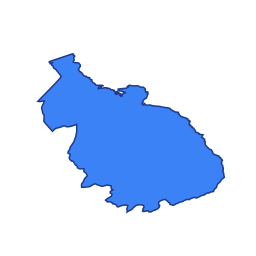 Grýtubakkahreppur, Norðurland eystra, Iceland, rotated 158°
{"feature_id": "244011B60639573794911", "entity_name": "Grýtubakkahreppur", "entity_type": "district", "adm_level": 2, "iso_a3": "ISL", "parent_name": "Iceland", "parent_adm1": "Norðurland eystra", "projection": "robinson", "projection_center": [-18.134, 65.987], "detail": "fine", "context": "isolated", "style": "filled", "palette": "blue", "viewbox_px": 256, "rotation_deg": 158, "n_neighbors": 0, "source": "geoboundaries", "source_scale": "gbopen_adm2", "svg_char_len": 5764}
<svg xmlns="http://www.w3.org/2000/svg" viewBox="0 0 256 256"><g transform="rotate(158 128 128)"><path d="M152.2,217.6L175.6,219.0L176.4,218.7L176.1,218.0L175.5,217.6L175.5,217.4L175.7,217.2L175.4,217.1L175.6,216.9L174.9,216.8L175.1,216.7L174.8,216.7L174.8,216.3L174.6,216.3L175.1,216.0L175.2,215.9L175.3,215.6L175.1,215.4L175.2,214.7L174.6,214.2L174.3,213.5L174.5,211.7L174.3,210.9L173.2,209.9L170.5,200.9L172.5,199.5L180.0,196.0L201.6,186.5L199.9,185.5L195.5,184.5L196.8,182.7L199.2,180.7L200.6,179.0L201.5,173.2L201.1,172.1L201.2,170.6L203.5,165.9L202.7,162.9L199.3,153.2L196.4,154.4L195.0,154.7L190.1,154.0L187.8,154.2L185.9,153.7L184.4,152.1L182.2,151.3L179.3,150.8L174.3,150.6L176.7,144.3L179.5,139.8L183.4,135.5L189.2,131.5L189.8,130.2L191.9,128.8L192.6,128.1L193.1,127.1L192.9,126.7L191.6,125.6L191.5,125.1L191.8,124.5L193.1,123.3L193.9,121.6L193.5,120.1L193.1,119.2L192.5,118.3L191.5,117.9L191.2,117.3L190.6,113.3L189.7,112.5L189.4,111.8L189.8,110.3L189.5,109.7L188.7,108.7L187.8,108.0L184.2,106.7L184.0,106.4L185.2,104.5L185.2,104.0L183.8,101.6L183.6,99.5L183.7,99.0L184.1,98.7L187.4,97.2L188.9,95.5L192.0,93.4L192.7,92.0L193.2,90.4L191.2,89.5L186.2,88.2L185.2,88.0L181.1,88.7L178.8,88.4L178.4,87.5L177.8,86.8L173.7,83.5L168.9,83.0L165.4,80.8L165.3,80.5L166.1,78.8L166.2,77.8L166.1,77.4L165.2,76.4L168.3,75.7L168.9,74.4L167.8,73.4L167.7,72.7L167.9,72.4L169.0,70.9L172.6,70.5L175.8,69.6L176.0,69.2L175.8,68.9L174.7,67.7L174.8,67.2L172.1,66.2L171.6,65.8L171.0,64.6L170.3,64.2L170.4,63.2L169.3,62.7L168.1,61.6L167.5,60.4L167.6,59.3L166.8,58.5L163.5,58.5L159.8,57.8L157.8,56.8L157.3,56.3L157.7,55.4L159.4,53.4L159.6,53.0L159.5,52.0L160.4,50.4L158.1,50.8L155.1,51.0L152.9,52.1L149.5,53.1L147.8,53.0L145.1,52.1L143.3,51.1L142.6,50.0L142.8,48.6L144.3,47.6L144.9,46.7L144.9,46.3L145.6,45.5L145.4,45.2L145.0,45.4L144.5,45.2L144.6,44.7L140.6,43.8L140.2,43.5L140.1,42.5L139.2,41.9L138.1,41.6L135.9,42.0L134.0,41.7L130.5,42.0L128.9,42.8L128.6,43.0L128.6,43.5L127.7,44.0L127.8,44.8L128.1,45.3L128.1,46.3L127.9,46.8L126.7,47.9L125.4,48.3L122.5,48.3L120.8,48.0L119.8,47.5L119.6,46.5L118.6,45.3L118.6,44.7L118.2,43.7L117.7,43.3L117.7,42.9L117.4,42.5L117.7,41.5L117.1,40.8L116.2,40.5L115.5,39.7L114.9,39.4L113.1,39.4L112.0,39.7L109.1,39.6L107.5,39.9L105.8,39.4L104.5,39.4L103.4,39.8L99.2,39.5L98.2,38.6L96.6,39.0L93.9,39.0L92.3,38.7L91.3,38.2L91.1,37.6L90.4,37.4L84.7,37.8L83.2,37.7L82.8,37.3L81.8,37.4L80.4,37.9L78.9,38.0L77.9,37.7L77.5,37.4L75.9,37.6L74.1,37.5L72.9,37.0L72.1,37.4L72.1,37.8L70.6,38.9L68.1,39.8L67.6,40.9L65.4,42.7L62.8,43.5L60.3,45.3L57.9,45.9L57.0,46.4L56.8,48.4L56.2,50.4L56.2,51.9L56.4,52.7L55.7,53.0L55.3,53.6L55.3,54.1L54.9,54.6L54.9,55.2L54.7,55.3L54.8,55.7L54.3,57.8L54.8,59.9L54.0,60.8L53.9,61.1L54.1,61.3L53.8,61.9L52.5,62.7L52.8,63.9L53.5,64.9L53.3,65.9L54.3,66.6L54.3,68.2L55.8,69.1L56.5,70.0L57.2,70.4L57.6,71.1L58.6,71.9L58.9,72.7L58.6,73.2L58.8,73.7L58.5,74.3L58.8,75.1L58.8,76.1L59.0,76.7L59.6,77.0L60.9,78.7L61.0,79.2L61.8,80.8L61.9,81.6L62.5,82.7L62.4,84.7L62.2,84.9L61.9,86.0L61.6,86.2L62.1,86.7L62.2,87.0L61.5,87.7L61.2,89.1L61.8,89.8L62.0,90.4L63.1,91.6L62.6,92.4L61.6,93.1L61.7,93.4L61.1,93.6L63.0,94.9L63.8,95.1L64.3,95.8L64.1,96.2L64.8,96.9L64.8,97.2L65.4,97.8L66.6,98.3L66.6,99.4L66.8,99.6L66.6,100.9L67.3,101.6L67.0,103.0L68.4,104.3L68.2,104.6L68.4,104.8L68.1,105.3L69.2,106.5L68.9,107.3L69.9,107.6L70.1,107.9L69.6,109.3L68.4,110.2L68.8,110.8L68.1,111.0L68.0,111.7L69.5,113.0L69.6,113.4L69.2,114.1L69.9,114.4L69.9,114.8L70.3,115.3L70.7,115.3L71.2,116.2L72.7,117.1L73.3,118.0L74.5,118.8L75.0,120.0L75.4,120.5L75.3,121.6L75.9,122.1L75.9,122.6L75.4,123.6L75.9,123.8L77.2,124.7L78.1,124.9L78.9,126.3L80.1,127.1L80.4,127.9L81.2,128.7L81.2,129.0L81.7,129.4L81.7,130.4L84.3,132.3L86.3,133.2L87.0,133.9L88.6,134.7L90.5,136.2L91.6,136.6L93.0,137.5L94.3,137.9L96.0,139.1L97.2,139.6L98.4,140.8L101.9,142.2L103.2,142.9L103.8,143.6L103.3,144.4L103.6,144.7L103.5,144.3L104.1,143.7L104.8,143.8L104.6,144.1L104.2,144.1L104.7,144.1L104.9,143.9L105.6,144.1L105.8,145.0L105.5,145.7L104.0,147.2L103.5,147.2L103.9,147.3L103.8,147.5L102.5,148.4L99.7,148.9L99.8,149.2L98.6,150.0L97.7,151.3L96.7,152.0L97.0,152.2L97.2,152.9L96.2,153.6L96.2,154.1L97.0,154.5L98.1,154.7L98.0,156.2L97.3,157.5L97.6,157.8L97.4,158.0L97.6,158.4L98.4,160.0L101.1,161.2L102.3,162.8L103.2,163.5L107.6,165.1L110.3,167.0L111.5,167.1L112.6,166.8L111.9,166.3L112.6,165.8L114.8,165.6L122.5,167.8L123.1,166.6L122.3,166.5L122.3,166.2L121.7,165.9L120.0,164.3L117.9,162.9L117.3,162.1L117.2,161.6L117.8,161.6L118.2,162.1L119.5,162.0L120.4,161.1L121.5,161.1L121.4,160.4L121.7,159.8L122.0,160.0L121.8,160.2L121.9,160.4L122.8,160.3L123.0,161.0L123.4,161.5L122.6,162.1L121.8,162.2L121.9,162.6L123.4,163.5L126.3,163.5L126.6,163.7L126.4,164.1L126.8,164.5L125.9,164.9L126.3,165.3L125.3,165.6L123.2,165.4L126.6,166.3L127.1,167.0L126.6,167.6L126.5,168.0L127.8,168.7L128.1,169.3L129.4,169.7L129.9,171.0L130.4,171.6L130.8,171.9L131.8,172.0L133.1,173.2L134.0,173.4L133.3,173.5L134.5,174.1L137.4,174.6L137.7,175.0L137.7,175.3L139.8,175.2L140.7,175.6L140.2,175.9L140.4,176.3L140.1,176.6L139.4,176.9L136.8,176.6L136.2,176.8L135.5,176.4L135.3,176.6L136.0,177.3L141.3,179.4L141.6,179.7L142.1,181.6L143.5,183.0L143.7,184.7L144.3,185.5L143.5,186.2L145.0,187.9L145.2,188.6L144.8,189.1L147.0,190.4L147.3,190.9L147.2,191.4L148.2,191.8L149.4,193.2L149.9,194.6L149.8,195.0L150.1,195.4L150.0,196.1L150.6,196.8L150.9,197.9L151.6,198.3L151.8,199.3L151.8,199.8L152.2,200.7L149.0,203.2L148.6,204.0L149.2,206.5L150.5,207.5L152.9,208.5L154.0,209.6L154.0,209.9L153.5,210.4L152.4,211.2L152.2,211.9L152.2,213.0L152.0,213.5L150.4,214.6L150.5,215.2L151.4,215.7L151.4,216.5L150.9,216.9L151.2,217.3L152.2,217.6ZM124.0,164.2L124.6,164.2L124.3,164.0L124.0,164.2Z" fill="#3b82f6" stroke="#1e3a8a" stroke-width="1.5"/></g></svg>